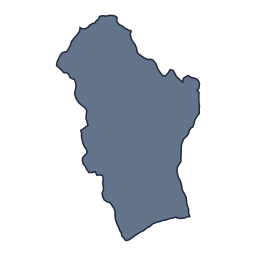 the district of Mateus Leme, Minas Gerais, Brazil
{"feature_id": "56859067B3328901062770", "entity_name": "Mateus Leme", "entity_type": "district", "adm_level": 2, "iso_a3": "BRA", "parent_name": "Brazil", "parent_adm1": "Minas Gerais", "projection": "equal_earth", "projection_center": [-44.439, -20.031], "detail": "fine", "context": "isolated", "style": "filled", "palette": "slate", "viewbox_px": 256, "rotation_deg": 0, "n_neighbors": 0, "source": "geoboundaries", "source_scale": "gbopen_adm2", "svg_char_len": 2374}
<svg xmlns="http://www.w3.org/2000/svg" viewBox="0 0 256 256"><path d="M67.0,51.4L64.7,52.0L62.3,52.6L60.5,54.8L58.9,58.1L57.3,61.3L56.5,65.6L59.1,67.9L61.6,70.2L63.9,72.8L66.6,72.7L68.9,74.7L70.0,77.6L72.3,78.8L74.4,79.4L75.6,82.7L76.1,85.9L75.5,89.2L74.6,93.7L76.0,98.3L77.8,101.1L79.4,103.3L81.2,104.8L83.1,106.2L85.2,108.1L86.8,110.4L86.4,113.8L86.0,118.2L87.1,122.1L88.0,125.1L86.0,126.7L83.6,128.6L80.8,130.4L81.5,133.2L81.5,136.9L82.4,141.0L83.3,144.4L84.9,147.6L86.9,150.0L86.8,153.3L85.0,155.1L82.6,157.6L82.4,160.7L83.2,163.9L85.2,166.1L86.4,168.9L88.8,172.5L92.0,172.5L95.3,171.8L96.9,175.2L99.5,174.9L102.6,175.5L103.2,179.0L102.7,182.4L103.0,185.3L103.6,189.7L102.1,193.1L102.6,196.5L104.3,200.0L106.8,201.7L110.2,202.8L112.2,205.7L113.7,208.0L115.0,210.9L115.0,215.2L115.5,219.8L117.1,224.3L118.9,227.9L120.0,230.8L121.3,233.1L121.8,236.0L123.5,237.8L125.6,240.6L128.7,240.0L131.0,238.5L133.0,237.1L135.4,235.3L138.2,233.5L140.7,231.9L143.5,230.7L146.5,228.2L149.7,226.6L152.6,223.9L155.0,222.9L157.9,222.0L161.3,221.1L163.4,220.2L165.8,220.1L168.4,219.0L171.6,218.2L173.9,217.7L176.0,217.2L178.2,218.3L181.4,218.4L184.5,218.0L186.8,217.0L189.8,216.5L188.6,212.8L188.6,209.2L187.4,206.1L186.7,203.4L186.5,200.5L186.1,197.1L184.3,193.5L182.5,190.5L181.9,187.6L181.2,183.8L180.0,180.2L178.5,177.7L177.7,174.7L177.1,172.0L177.1,167.8L178.9,164.5L180.8,161.8L181.0,156.8L181.2,151.1L181.3,146.7L181.9,143.2L183.5,139.2L186.7,136.2L188.4,133.8L189.4,130.4L190.9,128.1L192.9,126.9L193.8,124.2L195.0,119.7L197.3,115.8L199.3,113.4L199.1,109.9L199.5,106.3L198.9,101.8L198.9,98.9L198.8,95.3L199.1,92.5L196.9,90.3L198.9,88.5L199.5,83.6L198.5,80.9L197.0,79.1L194.5,78.2L191.1,77.4L188.4,75.6L186.3,76.3L183.4,78.3L182.7,82.2L179.2,79.1L176.6,76.9L175.3,74.2L173.3,70.5L170.2,69.6L168.2,72.8L165.3,76.2L162.4,75.3L160.7,73.2L159.0,70.8L157.6,68.5L156.1,64.0L153.0,60.1L150.4,59.2L148.1,59.6L146.0,58.7L144.0,57.8L141.4,55.9L139.5,54.7L137.4,52.6L136.4,48.0L135.1,44.6L133.1,42.0L131.1,38.5L130.3,34.5L131.1,30.9L128.5,30.1L125.0,28.2L122.1,25.9L119.3,24.7L116.6,21.3L117.1,17.6L115.2,16.1L112.1,15.4L108.8,15.4L106.5,16.1L103.0,15.7L99.7,16.3L98.3,19.5L96.2,20.7L94.9,23.0L92.6,23.5L89.8,25.0L88.1,27.1L85.3,28.8L82.1,28.8L80.1,27.6L79.7,30.7L77.6,34.1L75.6,36.5L73.4,39.0L71.4,41.9L70.4,45.2L68.8,48.3L67.0,51.4Z" fill="#64748b" stroke="#1e293b" stroke-width="1.5"/></svg>